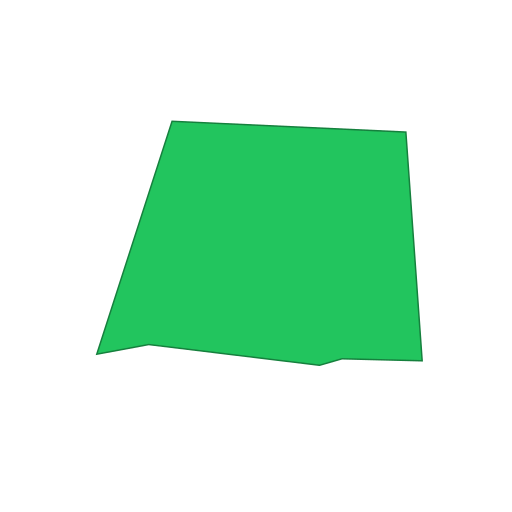 map outline of Bacolod (Natural Earth projection), rotated 250°
{"feature_id": "PHL-5525", "entity_name": "Bacolod", "entity_type": "Highly Urbanized City", "adm_level": 1, "iso_a3": "PHL", "parent_name": "Philippines", "parent_adm1": "", "projection": "natural_earth1", "projection_center": [122.969, 10.668], "detail": "fine", "context": "isolated", "style": "filled", "palette": "green", "viewbox_px": 512, "rotation_deg": 250, "n_neighbors": 0, "source": "natural_earth", "source_scale": "10m", "svg_char_len": 266}
<svg xmlns="http://www.w3.org/2000/svg" viewBox="0 0 512 512"><g transform="rotate(250 256 256)"><path d="M100.7,376.3L130.0,301.7L131.6,278.3L209.5,124.9L218.2,72.8L411.3,223.2L321.2,439.2L100.7,376.3Z" fill="#22c55e" stroke="#15803d" stroke-width="1.5"/></g></svg>